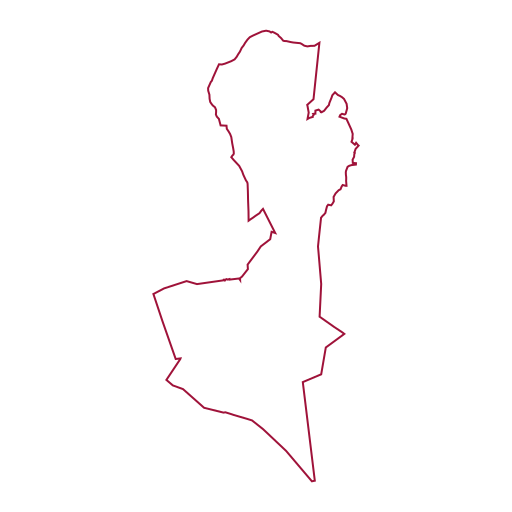 the district of San Juan Yucuita, Oaxaca, Mexico
{"feature_id": "50627088B89370206265788", "entity_name": "San Juan Yucuita", "entity_type": "district", "adm_level": 2, "iso_a3": "MEX", "parent_name": "Mexico", "parent_adm1": "Oaxaca", "projection": "equal_earth", "projection_center": [-97.266, 17.522], "detail": "fine", "context": "isolated", "style": "outline", "palette": "rose", "viewbox_px": 512, "rotation_deg": 0, "n_neighbors": 0, "source": "geoboundaries", "source_scale": "gbopen_adm2", "svg_char_len": 2943}
<svg xmlns="http://www.w3.org/2000/svg" viewBox="0 0 512 512"><path d="M321.0,218.2L321.0,217.8L322.7,215.7L323.8,214.8L325.4,212.9L326.0,210.1L327.0,206.3L328.2,204.7L329.6,205.0L331.2,205.3L332.5,203.6L333.8,201.4L333.6,196.9L335.6,193.4L338.7,190.2L340.5,189.3L341.7,186.4L342.7,185.0L345.6,185.8L346.5,185.8L346.1,180.8L346.2,179.3L346.2,177.1L345.9,174.8L345.8,172.3L346.0,170.9L347.6,166.8L349.2,165.8L351.5,165.1L355.9,164.6L356.0,163.2L352.8,162.9L352.6,159.7L354.1,156.8L354.2,155.4L354.3,154.2L354.8,153.0L354.3,152.6L354.9,151.0L355.6,148.9L358.6,145.6L358.0,145.1L356.1,142.8L354.9,144.7L351.5,141.8L352.6,138.6L352.6,138.1L352.4,138.1L352.7,133.9L351.3,129.5L348.9,124.2L346.4,118.8L344.3,118.5L339.5,116.7L340.2,115.1L342.0,113.8L344.5,114.5L345.2,114.2L345.7,113.6L346.8,109.7L347.2,108.1L346.6,103.8L344.0,98.9L341.9,97.1L339.9,95.9L337.9,95.0L335.0,92.3L332.3,95.3L331.6,97.5L329.4,102.9L328.9,105.1L326.6,107.6L324.1,110.8L321.5,112.3L321.0,112.2L321.1,111.8L318.6,109.6L315.4,110.6L315.4,113.7L314.4,113.7L313.2,113.9L313.7,114.8L312.4,116.8L312.5,117.0L309.4,117.9L307.5,119.0L308.7,112.6L307.5,105.9L307.2,104.9L313.5,99.2L319.4,42.8L314.5,45.8L310.5,45.9L307.4,46.4L304.3,45.7L301.6,43.9L300.2,43.2L293.2,42.5L290.9,42.1L286.5,41.1L284.3,41.0L283.2,40.7L281.1,38.1L278.7,36.0L278.0,34.8L276.3,33.8L274.1,32.6L272.3,31.8L271.1,32.5L269.5,31.4L266.1,30.7L262.0,31.5L253.1,35.5L249.8,37.2L247.5,39.6L245.1,42.9L243.6,45.5L241.7,47.9L239.9,51.7L238.2,54.2L236.7,56.8L234.6,59.4L231.2,61.2L225.1,63.6L221.9,64.5L219.0,64.3L216.8,69.0L212.7,78.3L211.9,80.7L210.8,82.0L208.1,88.1L208.2,90.7L209.4,94.7L209.6,98.8L210.2,101.9L211.3,103.6L212.7,105.4L215.0,107.3L216.1,110.0L216.1,112.1L215.9,114.5L216.8,116.6L218.9,118.9L220.6,125.4L226.5,125.7L226.8,128.8L228.5,131.3L230.1,134.0L231.3,137.1L232.2,143.2L233.2,148.4L233.7,151.4L233.8,153.5L233.4,154.6L232.6,155.3L231.8,156.4L231.3,157.2L233.6,159.9L239.2,165.9L240.0,167.4L242.1,171.3L243.3,174.7L244.4,177.1L245.9,180.3L247.3,182.4L247.6,183.9L247.8,189.2L247.9,192.2L248.0,196.3L248.0,197.3L248.1,201.1L248.3,206.4L248.5,211.4L248.6,220.7L250.7,219.2L253.1,217.6L255.4,215.9L258.7,213.7L259.5,213.2L261.2,210.8L263.0,208.9L275.2,233.0L271.6,231.8L270.2,239.2L260.8,246.4L257.4,251.5L247.6,264.6L247.9,269.1L242.0,276.6L240.0,278.2L240.1,280.0L239.9,279.7L238.9,278.5L229.6,279.6L229.5,279.0L229.1,279.1L227.7,279.6L227.1,279.3L226.3,279.1L224.9,280.5L224.0,279.6L223.7,279.7L223.6,280.2L223.6,280.3L197.0,284.1L186.6,281.1L164.1,288.4L153.4,294.0L162.5,321.3L175.7,359.0L180.5,358.4L180.2,359.2L166.4,379.9L172.8,385.4L183.0,389.1L204.1,407.8L223.5,412.6L225.4,412.3L231.8,414.3L233.5,414.9L247.2,418.9L251.3,420.2L252.0,420.4L263.1,429.2L286.1,450.9L311.9,481.3L314.8,480.7L302.8,382.1L321.2,374.3L325.8,347.5L344.3,333.9L342.5,332.5L334.5,327.2L319.6,316.7L321.2,284.0L318.5,252.2L318.0,246.5L319.1,235.8L321.0,218.2Z" fill="none" stroke="#9f1239" stroke-width="2"/></svg>